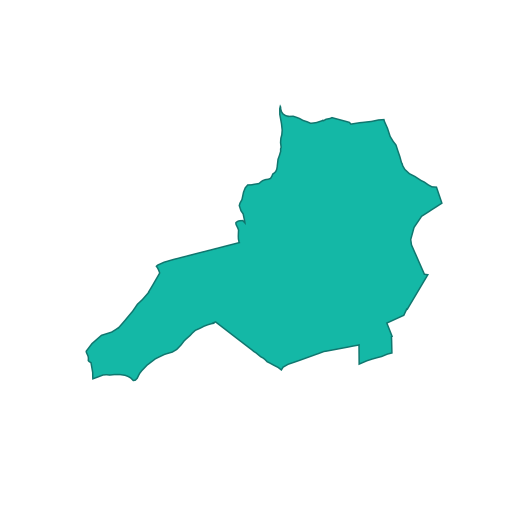 Songea Urban, Ruvuma, United Republic of Tanzania (Albers equal-area conic projection), rotated 342°
{"feature_id": "72390352B83796809810419", "entity_name": "Songea Urban", "entity_type": "district", "adm_level": 2, "iso_a3": "TZA", "parent_name": "United Republic of Tanzania", "parent_adm1": "Ruvuma", "projection": "albers", "projection_center": [35.59, -10.637], "detail": "fine", "context": "isolated", "style": "filled", "palette": "teal", "viewbox_px": 512, "rotation_deg": 342, "n_neighbors": 0, "source": "geoboundaries", "source_scale": "gbopen_adm2", "svg_char_len": 3553}
<svg xmlns="http://www.w3.org/2000/svg" viewBox="0 0 512 512"><g transform="rotate(342 256 256)"><path d="M325.3,121.3L324.1,123.3L322.4,128.7L321.1,138.2L319.8,144.4L318.0,148.7L316.1,151.6L315.3,153.5L314.4,155.8L313.5,160.4L312.6,161.6L312.3,162.4L311.8,164.1L309.3,167.7L306.8,170.9L306.6,171.4L304.7,175.5L304.1,176.8L303.7,177.8L303.4,178.3L302.5,180.0L302.3,180.2L300.8,181.8L299.3,182.6L297.3,183.2L295.8,185.0L293.8,186.7L291.4,186.8L288.7,186.3L287.6,186.3L285.8,186.4L285.6,186.4L283.9,186.9L281.8,187.8L281.2,188.0L279.9,187.8L278.6,187.6L276.1,187.2L273.6,186.9L270.1,185.9L266.9,187.8L263.9,191.4L260.1,198.0L257.1,200.8L255.7,202.9L255.7,207.3L255.7,208.3L256.1,209.7L256.8,212.0L256.7,212.5L256.7,212.8L256.0,219.3L255.7,221.1L255.6,220.9L255.4,220.4L255.0,219.6L254.5,218.7L254.3,218.2L253.9,218.1L253.1,217.9L251.7,217.5L249.9,217.3L248.5,217.6L247.4,218.0L247.2,218.1L247.1,218.3L246.9,219.2L246.8,220.0L247.1,222.0L247.4,224.4L247.4,226.0L246.3,228.9L245.3,231.7L244.5,234.5L244.4,235.6L244.2,237.0L244.3,238.1L203.3,235.5L176.3,233.8L173.1,233.7L169.2,233.6L166.8,233.5L162.2,234.0L160.1,234.2L159.4,234.4L158.1,235.0L158.7,236.9L159.0,238.9L159.2,241.9L158.9,242.7L148.1,252.4L142.7,257.1L142.8,257.4L134.4,262.4L128.6,265.1L128.0,265.5L121.4,270.6L120.2,271.3L113.2,275.7L112.5,276.2L103.2,281.8L103.2,281.6L100.4,282.5L95.2,283.8L84.5,283.7L73.0,288.6L65.1,294.1L64.9,295.3L65.1,297.2L65.3,298.7L65.3,299.6L65.2,300.6L64.8,302.1L64.5,302.8L64.2,303.7L64.7,304.8L66.1,306.5L64.7,316.3L63.4,320.5L62.9,322.4L68.1,322.2L73.8,321.9L77.2,322.7L80.0,324.0L84.7,325.0L90.2,326.8L94.6,329.0L97.2,331.1L99.1,333.2L100.3,335.5L100.8,336.5L102.8,336.8L105.2,335.6L107.8,332.9L109.2,331.6L112.0,329.7L113.9,328.7L118.9,326.0L120.5,325.5L128.4,322.7L132.5,322.1L133.3,322.0L138.5,321.3L138.9,321.3L140.4,321.3L146.7,321.5L151.2,320.5L152.1,320.2L157.1,317.5L161.3,314.6L163.5,313.5L168.8,311.2L169.5,310.8L171.6,309.6L175.2,308.0L175.5,307.9L179.7,307.5L182.5,307.1L184.7,306.7L188.9,306.5L192.5,306.6L194.7,306.9L194.5,306.4L197.2,306.2L213.8,330.5L223.3,344.3L224.4,346.1L226.1,348.1L226.4,348.6L227.6,350.5L229.3,353.2L231.2,355.2L231.4,355.5L232.5,357.1L233.8,359.7L233.9,360.0L236.1,362.1L239.0,365.2L242.6,368.8L244.9,372.2L247.4,370.1L253.0,368.9L260.5,368.8L265.0,368.7L280.4,368.2L283.1,368.1L284.7,368.1L291.1,367.8L293.4,368.2L299.6,369.0L315.9,371.1L320.3,371.6L326.0,372.4L326.5,372.4L326.1,373.6L324.3,379.3L320.7,390.7L329.2,389.9L334.7,389.9L339.6,390.1L344.5,390.4L350.6,389.9L355.3,390.2L355.5,389.5L358.8,378.5L359.9,374.6L360.6,374.5L359.7,360.2L376.0,358.3L378.2,358.1L383.0,353.0L383.4,353.4L413.6,326.9L410.5,325.4L409.4,314.3L409.2,312.5L408.3,303.3L408.2,302.7L407.3,293.5L408.2,288.2L415.1,277.7L417.0,276.2L425.1,269.9L425.7,269.4L434.5,267.1L436.6,266.5L449.1,263.2L448.9,246.3L444.7,244.6L441.9,241.7L438.9,237.7L436.2,235.1L431.7,229.5L427.3,225.1L424.3,219.7L423.4,215.5L423.5,213.2L423.2,212.3L423.5,206.0L423.4,200.0L423.4,193.7L421.8,189.2L420.5,183.7L420.5,183.3L420.5,175.3L419.7,167.6L419.8,165.8L415.0,164.6L414.7,164.5L408.1,163.8L407.3,163.7L402.0,162.6L398.5,161.9L396.4,161.4L393.9,161.0L387.0,159.9L386.9,159.6L386.8,159.4L386.3,158.2L386.1,157.8L383.0,155.7L371.0,147.9L369.0,148.1L364.8,147.6L362.1,148.2L361.6,147.6L361.2,147.8L354.7,147.8L351.4,147.2L349.0,146.7L346.3,144.3L342.5,141.5L339.9,138.7L337.7,136.9L334.6,134.6L331.0,133.6L329.1,132.6L329.1,132.8L327.3,131.4L325.6,129.3L324.8,126.7L324.9,123.9L325.4,121.9L325.3,121.3Z" fill="#14b8a6" stroke="#0f766e" stroke-width="1.5"/></g></svg>